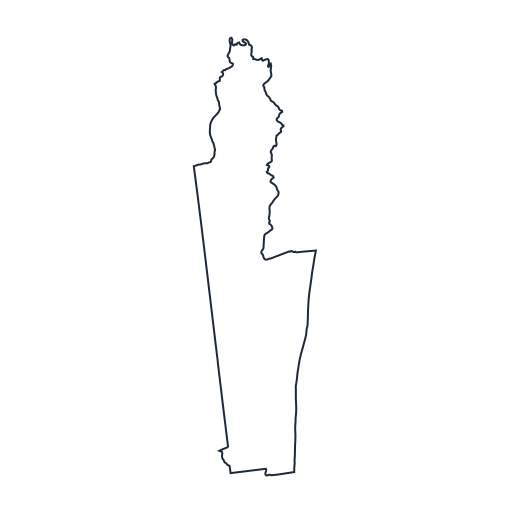 outline of Belterra, Pará, Brazil, rotated 173°
{"feature_id": "56859067B15515313169577", "entity_name": "Belterra", "entity_type": "district", "adm_level": 2, "iso_a3": "BRA", "parent_name": "Brazil", "parent_adm1": "Pará", "projection": "robinson", "projection_center": [-55.04, -3.248], "detail": "fine", "context": "isolated", "style": "outline", "palette": "slate", "viewbox_px": 512, "rotation_deg": 173, "n_neighbors": 0, "source": "geoboundaries", "source_scale": "gbopen_adm2", "svg_char_len": 5658}
<svg xmlns="http://www.w3.org/2000/svg" viewBox="0 0 512 512"><g transform="rotate(173 256 256)"><path d="M220.2,450.0L221.0,450.0L222.3,449.9L224.0,449.5L224.7,449.0L225.8,449.2L226.3,451.6L227.2,451.3L228.1,450.8L229.1,450.4L230.8,450.4L231.8,450.8L232.7,451.4L233.5,451.5L234.8,451.9L234.4,453.1L234.8,454.2L235.7,454.6L236.3,456.0L235.8,458.3L235.1,460.2L235.5,461.2L234.9,462.3L234.6,463.2L234.7,464.4L235.3,465.5L236.0,466.1L237.1,466.6L237.4,468.6L237.8,469.8L238.3,470.8L239.2,471.7L240.3,472.3L241.5,472.5L242.4,472.4L243.1,471.9L243.0,470.9L242.4,470.1L240.4,468.7L240.0,467.8L240.6,466.8L242.1,466.6L243.0,466.6L245.3,467.4L246.0,468.0L246.8,470.0L247.7,469.9L248.7,469.4L249.5,468.1L250.9,468.7L251.8,467.8L252.7,467.8L253.5,468.8L253.8,470.1L253.8,471.1L253.3,472.7L253.1,473.8L253.4,474.9L254.0,475.6L255.1,475.3L255.7,474.4L256.0,472.6L255.9,471.1L255.7,469.8L255.6,468.2L255.7,467.2L256.2,466.1L256.7,463.7L257.1,462.4L259.4,459.0L259.9,458.1L259.7,457.0L259.0,456.4L258.5,455.6L258.3,454.4L258.4,453.1L258.3,452.1L257.7,451.0L257.0,450.6L256.2,450.2L255.5,449.6L255.7,448.5L256.3,447.5L257.4,446.8L258.7,446.4L259.7,445.8L260.5,445.5L262.1,445.3L263.2,444.9L264.0,444.2L264.9,444.5L265.9,444.1L266.6,443.3L267.5,442.7L266.8,442.0L266.4,440.9L266.6,439.9L267.1,439.1L268.2,438.2L269.3,438.2L270.1,437.4L270.4,436.1L270.4,434.9L270.9,434.1L271.8,434.0L272.9,433.7L273.6,433.3L274.2,432.7L275.4,432.3L276.1,432.0L275.2,429.5L275.2,428.0L275.6,426.4L275.8,425.2L275.9,423.3L275.9,421.3L275.8,420.2L275.5,418.7L275.1,417.4L275.0,416.0L274.7,415.0L274.0,413.2L274.1,412.2L274.1,410.6L274.0,409.4L274.0,408.3L273.7,407.0L273.8,405.9L274.6,405.2L275.3,403.7L276.8,402.3L277.7,401.4L278.9,400.5L279.7,399.8L281.1,398.7L281.7,398.1L282.2,397.4L283.2,396.2L284.6,393.9L285.2,392.4L285.6,391.5L285.7,389.9L286.1,388.6L286.3,387.2L286.5,385.9L286.7,384.8L286.8,383.7L286.7,381.6L286.4,380.1L285.9,378.2L285.5,376.5L285.3,374.8L284.5,373.4L284.3,371.5L284.1,370.3L284.0,368.6L283.7,366.7L283.8,365.8L284.3,364.8L284.6,363.7L284.7,362.2L285.3,360.3L286.0,359.1L287.4,357.9L288.4,357.3L288.8,356.2L289.2,355.3L289.8,354.8L291.1,354.6L292.5,354.2L293.2,354.0L294.2,354.1L295.4,354.3L297.0,354.2L298.3,353.9L300.3,353.6L301.9,353.7L303.5,353.4L304.4,353.2L305.9,352.7L306.8,352.7L306.6,326.3L306.5,296.9L306.5,266.9L306.8,172.2L306.8,163.6L306.8,156.1L306.9,154.3L307.0,109.2L307.0,107.9L307.0,78.0L307.0,72.9L307.0,71.9L307.0,70.4L307.6,69.6L309.5,69.1L311.2,68.6L312.2,68.4L316.1,67.1L315.3,66.6L314.3,66.4L313.6,65.6L313.5,64.2L313.9,62.7L314.2,61.3L314.0,59.2L313.4,58.1L313.0,57.3L312.2,54.9L311.5,54.4L310.8,53.8L310.1,52.6L309.2,51.7L307.9,51.1L307.7,47.6L307.7,43.6L304.2,43.6L293.1,43.6L272.2,43.6L271.9,42.7L272.2,41.3L272.9,40.0L273.3,38.4L272.9,37.2L271.5,36.8L270.6,37.1L269.6,37.3L268.6,37.1L267.6,36.5L260.5,36.4L244.4,36.9L244.1,38.9L244.0,39.9L243.9,40.9L243.6,41.9L243.3,43.8L243.0,44.8L242.8,45.8L242.8,46.9L242.7,48.3L242.4,49.4L242.2,51.1L241.9,52.3L241.6,54.4L240.7,60.3L240.4,62.8L239.5,67.7L238.8,72.6L238.5,75.7L238.3,78.6L237.8,82.4L237.1,85.9L236.4,90.4L235.3,95.4L234.6,100.0L233.8,109.8L232.6,119.6L232.4,121.9L230.5,128.4L229.1,134.7L227.5,140.2L226.9,142.4L225.5,147.2L223.3,153.2L220.3,160.4L219.1,163.4L217.2,168.1L215.9,171.6L215.1,175.0L214.6,177.4L214.2,178.5L213.5,180.1L212.8,183.7L211.6,191.4L211.2,194.4L210.2,200.2L209.0,206.7L207.3,213.9L205.4,220.9L203.6,227.6L202.3,232.8L200.4,239.2L198.6,245.6L195.9,254.1L209.3,254.6L211.9,254.6L214.9,254.7L215.8,254.9L216.5,255.5L217.4,255.2L218.2,255.3L219.8,256.6L220.6,256.6L221.4,256.1L222.6,256.5L240.2,252.1L242.0,251.7L243.2,251.8L244.4,251.3L245.5,251.1L246.5,251.2L247.5,251.6L248.2,252.6L248.8,254.1L248.8,255.3L249.0,256.2L250.3,258.1L250.2,259.3L249.8,260.2L248.3,261.9L247.7,262.8L247.4,264.2L246.9,267.1L246.6,268.2L246.5,269.6L246.1,271.3L245.8,273.0L245.1,275.6L244.1,276.7L241.1,278.0L237.9,280.0L236.9,280.4L236.3,281.4L236.5,282.7L236.8,284.0L237.8,285.5L238.8,286.2L239.0,287.5L238.2,288.4L238.1,289.7L238.6,290.7L238.6,292.3L238.2,293.4L237.8,294.3L237.7,295.5L237.2,296.8L237.0,298.1L236.9,301.1L236.7,302.6L236.4,303.8L235.6,304.8L233.3,307.0L231.7,309.0L230.2,310.5L227.8,312.4L226.9,313.4L226.3,314.3L225.8,316.3L225.9,317.2L226.8,318.9L227.1,319.9L227.1,320.9L227.3,322.1L229.0,324.7L229.8,325.2L230.8,326.3L231.9,327.0L232.5,327.7L232.4,328.8L231.8,329.6L231.0,330.5L229.0,331.7L229.1,332.9L229.9,333.7L230.9,334.2L231.7,334.9L232.6,336.1L234.6,336.8L235.1,338.2L234.3,338.6L233.6,339.5L233.6,340.5L233.3,341.4L232.7,342.1L231.9,342.8L232.1,343.8L232.9,344.4L234.1,345.0L233.5,345.9L231.6,346.9L229.9,347.5L228.7,348.4L228.4,352.3L228.0,353.8L228.0,354.8L228.3,356.0L228.7,357.1L228.6,358.1L227.8,359.2L226.2,360.7L225.3,362.7L224.2,363.2L223.4,362.6L222.4,363.0L222.0,364.5L221.9,366.0L222.1,367.6L222.0,369.5L221.2,371.8L221.0,372.8L220.1,373.5L219.2,373.9L218.3,374.9L216.0,376.1L215.9,377.0L216.1,378.3L215.8,379.5L215.1,380.1L212.9,381.4L212.9,382.4L213.8,382.7L214.9,384.7L215.8,385.5L218.1,387.0L218.5,387.8L218.9,388.8L218.6,389.8L216.7,391.2L216.0,392.3L215.8,393.2L215.2,394.2L214.3,395.0L212.5,395.7L212.4,396.8L214.1,397.8L214.9,398.5L215.5,400.7L216.1,401.7L217.1,402.7L218.0,403.3L219.0,404.9L219.5,406.1L222.3,408.3L222.8,410.4L223.7,412.0L225.2,413.7L225.7,414.4L226.3,416.4L226.4,417.6L227.2,419.5L227.3,421.0L227.1,422.4L227.8,423.3L228.0,424.3L227.4,425.6L225.9,426.6L223.9,427.7L222.3,428.8L218.8,432.7L218.7,435.2L218.9,438.0L217.7,443.1L217.9,444.2L217.9,445.3L218.7,445.2L220.3,442.2L221.0,442.7L220.8,443.6L220.3,444.4L219.8,445.5L219.6,446.8L219.5,448.9L220.2,450.0Z" fill="none" stroke="#1e293b" stroke-width="2"/></g></svg>